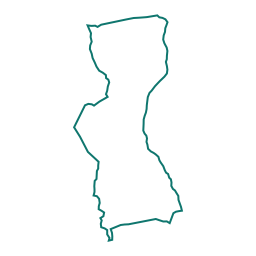 the district of São Felipe, Bahia, Brazil
{"feature_id": "56859067B73272671574835", "entity_name": "São Felipe", "entity_type": "district", "adm_level": 2, "iso_a3": "BRA", "parent_name": "Brazil", "parent_adm1": "Bahia", "projection": "natural_earth1", "projection_center": [-39.09, -12.85], "detail": "fine", "context": "isolated", "style": "outline", "palette": "teal", "viewbox_px": 256, "rotation_deg": 0, "n_neighbors": 0, "source": "geoboundaries", "source_scale": "gbopen_adm2", "svg_char_len": 1758}
<svg xmlns="http://www.w3.org/2000/svg" viewBox="0 0 256 256"><path d="M74.1,127.3L80.0,136.7L87.9,151.9L98.6,161.8L98.2,165.6L98.2,168.6L96.9,171.0L96.7,174.9L96.5,179.0L94.7,180.9L94.3,186.2L94.5,189.3L94.5,192.0L93.6,195.5L96.9,196.2L99.1,198.8L99.7,203.0L98.8,206.2L98.7,209.2L101.4,210.7L104.1,212.5L103.4,216.2L100.4,218.1L101.7,220.4L100.8,223.8L101.2,227.2L104.7,228.4L107.2,230.1L107.2,234.4L109.5,238.0L108.8,240.6L112.2,239.8L112.3,236.3L112.0,232.9L110.7,229.1L120.7,225.0L124.6,224.5L128.5,224.3L155.8,219.0L159.3,220.2L163.3,221.5L166.8,221.4L169.7,223.1L173.4,213.2L176.0,211.7L178.5,211.2L181.9,210.7L181.0,206.9L179.6,203.0L178.5,199.9L178.3,195.9L176.4,192.9L175.0,190.5L172.9,188.9L171.3,185.9L171.5,182.5L170.9,179.3L169.2,177.7L168.1,174.0L166.1,172.7L164.8,170.2L163.3,166.2L160.7,162.5L159.4,160.3L158.4,156.8L155.6,154.3L153.6,152.9L150.8,151.4L148.1,148.8L147.4,144.6L146.5,141.9L147.0,138.4L146.3,135.6L144.6,133.6L143.3,130.6L143.6,124.0L143.7,119.4L144.7,115.8L145.9,112.6L146.6,109.0L146.8,105.2L147.8,97.1L149.5,92.9L151.6,90.7L155.0,86.2L157.8,83.2L160.0,80.9L161.9,79.1L164.4,76.7L166.9,73.5L167.4,69.7L166.9,66.1L165.9,61.9L166.8,59.2L166.9,55.8L167.4,51.0L166.7,47.6L164.4,43.3L163.2,39.6L163.7,35.4L165.0,31.9L165.3,28.2L166.3,25.6L167.5,22.2L165.4,19.3L162.5,17.9L159.3,17.3L157.3,15.4L146.9,17.1L143.3,17.4L139.1,17.7L133.7,18.0L126.0,19.5L101.2,24.7L97.5,26.9L95.2,25.7L91.4,25.9L87.6,25.4L89.2,29.2L91.0,33.2L90.6,37.0L91.7,41.7L90.2,45.4L89.9,49.1L91.7,53.7L92.6,58.0L94.8,62.6L96.5,66.6L99.2,70.7L102.8,72.7L105.9,75.1L106.1,78.1L108.3,79.6L109.2,82.4L107.8,86.6L107.2,90.7L106.0,94.2L107.6,96.9L99.4,101.6L94.0,105.6L91.8,104.3L88.3,103.9L85.0,105.3L74.1,127.3Z" fill="none" stroke="#0f766e" stroke-width="2"/></svg>